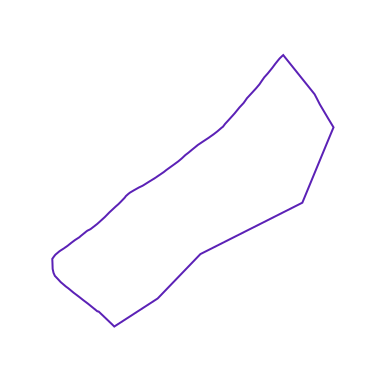 the district of Anse De Sables/Beane Field, Vieux Fort, Saint Lucia, rotated 170°
{"feature_id": "8701671B90786780806365", "entity_name": "Anse De Sables/Beane Field", "entity_type": "district", "adm_level": 2, "iso_a3": "LCA", "parent_name": "Saint Lucia", "parent_adm1": "Vieux Fort", "projection": "robinson", "projection_center": [-60.94, 13.732], "detail": "fine", "context": "isolated", "style": "outline", "palette": "violet", "viewbox_px": 384, "rotation_deg": 170, "n_neighbors": 0, "source": "geoboundaries", "source_scale": "gbopen_adm2", "svg_char_len": 1284}
<svg xmlns="http://www.w3.org/2000/svg" viewBox="0 0 384 384"><g transform="rotate(170 192 192)"><path d="M52.9,262.6L54.3,267.0L78.4,311.0L80.0,310.0L82.5,308.3L84.5,306.6L87.7,303.8L91.4,300.3L96.8,295.6L100.9,292.4L101.3,292.0L104.3,289.0L106.8,286.4L111.0,282.9L116.6,278.6L121.5,274.9L125.7,270.7L130.5,267.1L136.4,262.0L143.7,256.3L147.4,253.5L150.2,250.9L151.8,250.1L156.5,247.3L160.3,245.3L166.4,242.4L170.1,240.8L173.1,239.5L178.1,237.3L184.9,233.5L188.9,231.2L192.2,229.5L196.3,226.8L200.3,224.5L207.9,220.8L213.3,218.2L216.2,216.6L221.3,214.3L226.2,212.1L232.5,209.6L237.9,207.4L239.7,206.7L243.4,205.7L249.1,203.7L253.1,202.2L255.0,201.2L257.9,199.4L259.1,198.2L264.3,194.4L266.6,192.8L269.6,191.0L277.0,186.2L282.3,182.4L290.9,177.0L298.3,173.1L299.5,172.7L301.7,172.1L302.9,171.5L309.2,168.0L310.8,167.0L315.8,164.9L319.9,162.8L324.1,160.5L328.7,158.4L331.6,157.2L333.1,156.5L334.8,155.5L337.4,154.0L339.1,152.5L341.2,150.4L341.7,146.6L342.6,140.4L342.4,136.4L341.6,133.2L339.2,129.6L336.9,126.0L332.7,120.9L330.5,118.6L326.1,113.4L320.8,107.7L317.8,104.3L313.6,99.8L310.4,96.1L305.9,90.9L304.7,90.5L293.3,75.0L291.9,73.0L244.3,93.1L194.5,129.4L85.2,162.3L50.1,217.5L41.4,231.1L45.3,241.2L50.9,256.1L52.9,262.6Z" fill="none" stroke="#5b21b6" stroke-width="2"/></g></svg>